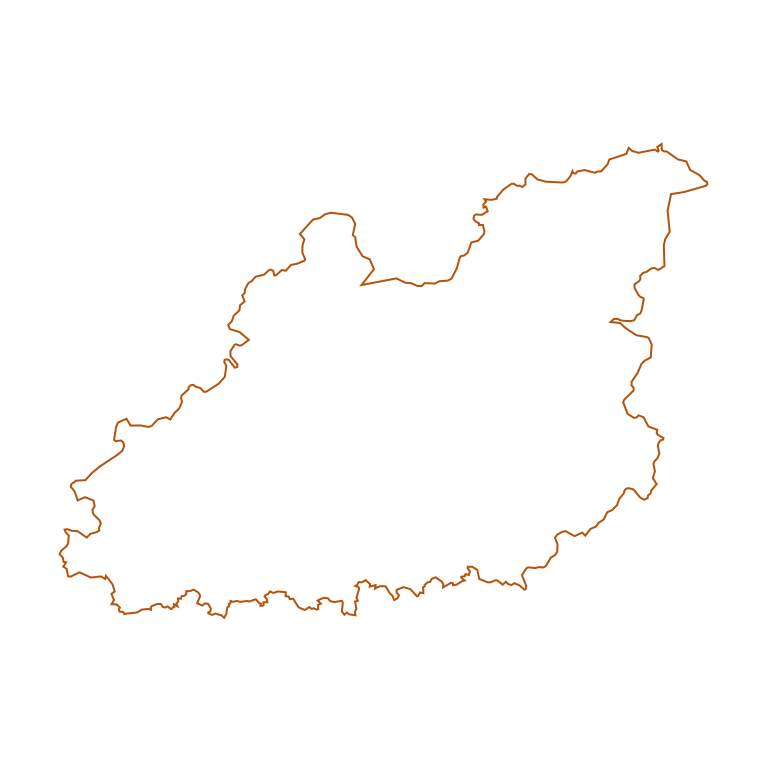 Ivohibe, Ihorombe, Madagascar, rotated 88°
{"feature_id": "10022922B57896428715958", "entity_name": "Ivohibe", "entity_type": "district", "adm_level": 2, "iso_a3": "MDG", "parent_name": "Madagascar", "parent_adm1": "Ihorombe", "projection": "mercator", "projection_center": [46.923, -22.545], "detail": "fine", "context": "isolated", "style": "outline", "palette": "amber", "viewbox_px": 768, "rotation_deg": 88, "n_neighbors": 0, "source": "geoboundaries", "source_scale": "gbopen_adm2", "svg_char_len": 6133}
<svg xmlns="http://www.w3.org/2000/svg" viewBox="0 0 768 768"><g transform="rotate(88 384 384)"><path d="M169.8,82.4L161.4,93.5L161.4,96.0L159.9,98.1L153.9,98.2L156.6,102.6L160.5,101.4L161.3,102.1L159.2,105.3L161.8,121.7L159.7,128.0L156.6,131.2L162.5,133.8L167.5,151.0L172.3,152.9L179.1,159.6L179.1,163.4L180.3,165.7L177.2,176.0L178.3,183.3L180.4,185.1L179.8,187.6L177.9,188.3L182.4,190.2L185.7,192.9L188.2,195.5L188.9,198.4L187.4,215.5L184.7,223.8L179.7,228.8L179.2,231.5L183.6,235.5L189.5,235.6L192.0,239.0L190.5,241.5L190.7,243.9L188.4,247.4L188.4,249.6L193.9,258.0L200.7,264.3L202.8,264.9L203.7,270.4L202.9,277.2L205.2,275.6L208.1,278.5L211.2,278.3L210.2,276.0L215.0,274.3L218.3,280.3L217.8,286.6L219.2,288.2L222.1,288.8L224.8,286.7L226.7,283.5L228.5,283.4L228.4,279.6L234.9,278.3L237.6,278.9L244.1,284.9L245.6,291.8L255.8,295.8L258.5,299.8L258.8,302.5L260.4,303.9L270.7,307.1L280.9,312.7L282.9,316.5L283.2,324.9L285.4,329.6L284.6,339.9L287.4,343.0L287.1,347.5L284.3,353.0L283.5,359.2L278.9,368.0L284.3,403.0L268.9,390.0L258.9,393.9L255.6,400.9L246.1,406.5L236.4,407.6L234.0,410.0L223.1,407.1L216.4,410.3L213.7,414.1L211.0,430.9L212.3,436.9L215.9,442.3L217.2,449.2L231.1,462.8L236.6,458.5L242.6,460.6L249.9,461.0L256.6,458.4L258.0,459.2L260.9,467.1L261.7,472.7L267.4,478.3L266.5,482.1L271.8,488.4L271.5,489.8L266.9,490.8L265.8,493.3L266.2,495.1L270.5,499.9L272.3,508.7L276.5,512.5L278.3,515.9L284.0,519.4L288.1,520.1L290.5,522.6L296.6,520.4L300.3,525.1L305.3,525.9L310.5,531.8L316.0,533.9L319.5,537.6L323.7,536.2L327.1,526.5L335.2,517.5L340.4,525.1L340.6,527.0L339.1,530.5L339.6,532.0L346.0,536.4L350.8,536.4L359.5,529.7L361.8,530.0L362.5,532.5L354.7,538.2L353.8,540.4L354.4,542.4L356.4,542.9L360.5,540.9L371.3,542.9L377.7,548.9L385.5,561.8L385.5,564.3L381.5,567.8L380.2,572.2L378.2,574.7L378.6,577.5L380.5,579.4L382.5,579.6L388.5,586.7L390.9,587.3L394.9,586.5L401.4,589.6L405.6,594.4L412.0,598.8L409.6,603.1L411.5,611.4L417.7,617.5L418.7,620.9L416.9,628.9L416.7,638.7L409.7,642.6L413.3,651.3L417.8,653.3L430.4,655.7L431.7,654.2L431.3,649.0L433.2,646.6L436.9,645.9L441.4,647.7L445.4,652.8L456.6,671.0L463.1,679.4L469.7,685.8L469.9,695.1L473.2,700.0L475.7,700.7L480.6,696.9L489.6,694.2L486.7,686.8L490.3,678.4L496.0,677.4L499.7,679.8L502.3,679.5L504.2,678.8L510.4,673.0L513.3,671.9L518.3,674.0L520.3,673.5L522.0,676.2L523.5,682.7L527.1,686.4L520.4,695.4L519.8,701.0L518.0,705.8L518.4,708.3L521.3,707.2L524.4,704.3L532.0,705.2L534.6,706.5L539.4,712.4L542.8,714.1L546.4,711.0L550.5,710.5L551.1,707.9L555.3,710.9L557.7,707.6L565.2,706.5L565.5,703.7L561.6,695.0L567.2,683.6L566.4,673.5L569.1,669.5L566.0,668.6L574.9,662.2L581.9,660.4L584.3,663.7L590.5,661.4L594.6,664.0L595.0,658.8L598.3,655.8L599.9,656.8L602.3,656.2L602.8,652.5L604.7,651.8L603.7,638.7L601.0,633.9L600.6,627.6L601.5,624.7L599.1,624.9L597.9,623.9L595.9,618.2L596.1,614.7L599.1,612.7L599.8,610.7L598.7,607.8L601.4,604.9L601.3,603.8L599.9,603.0L599.7,601.4L597.0,601.6L598.9,598.2L596.5,599.3L594.0,597.1L591.2,597.4L591.5,594.5L589.0,593.7L588.7,591.0L587.1,588.9L584.2,588.8L584.2,585.2L582.9,581.4L585.8,577.0L588.1,575.5L589.9,575.3L596.6,578.4L599.1,573.3L597.0,570.7L597.5,567.5L602.4,564.9L605.3,565.5L606.1,567.6L607.0,567.6L608.8,563.9L607.6,560.7L609.5,554.5L612.0,551.9L608.2,549.6L601.8,548.4L600.9,546.7L598.4,546.8L598.1,545.3L595.4,544.8L596.5,542.4L595.6,538.7L596.7,535.4L596.1,528.2L596.7,526.7L594.7,519.6L598.5,516.4L599.3,514.6L601.2,515.4L601.5,513.1L600.7,512.0L597.9,512.1L598.1,508.2L594.8,508.6L592.2,510.8L590.5,509.5L590.1,507.3L587.3,505.3L589.0,501.7L587.6,497.4L588.7,489.4L592.6,489.8L593.2,486.5L595.7,485.7L595.4,482.3L604.2,477.2L607.1,471.3L604.4,466.4L606.3,464.0L605.7,462.2L607.1,459.1L606.6,457.6L602.4,457.6L601.3,454.8L598.1,457.9L595.6,452.0L596.2,447.6L599.1,445.3L600.2,441.2L599.2,433.6L601.1,432.8L609.7,434.0L612.4,432.3L613.2,431.6L611.1,429.1L613.0,426.9L614.1,420.6L611.0,421.1L607.8,419.5L600.4,420.5L599.7,417.7L596.8,419.0L587.4,415.9L585.9,416.9L584.8,419.6L583.9,417.8L581.1,416.3L581.4,412.8L579.3,409.2L583.6,404.9L586.0,405.4L584.7,399.4L588.1,400.1L585.9,395.2L586.3,389.3L593.4,385.5L595.8,383.0L600.3,381.4L598.7,378.0L595.8,376.4L592.8,378.8L590.1,378.5L587.7,371.5L590.0,364.8L597.3,358.4L597.1,357.3L593.6,355.3L594.4,351.9L588.4,352.0L587.6,350.3L586.2,350.4L583.8,347.5L583.3,344.8L580.5,343.2L579.0,339.2L583.6,333.1L586.5,331.7L589.3,332.0L585.0,323.9L585.4,322.2L587.6,322.0L587.1,318.5L583.7,312.8L583.2,310.2L580.5,313.4L579.3,313.5L578.9,309.9L576.9,309.3L577.9,306.0L574.3,304.7L571.0,306.8L569.5,306.6L569.8,302.1L573.0,297.3L582.1,295.6L585.7,287.7L586.0,284.7L584.0,279.4L584.2,277.7L588.7,272.3L585.9,269.2L588.3,266.9L589.4,263.5L587.6,260.8L590.0,255.6L594.4,250.9L594.1,249.7L591.1,248.8L579.9,252.8L573.3,248.3L572.3,246.5L573.2,239.3L572.4,235.5L572.9,231.1L571.8,228.8L563.4,223.4L560.9,219.0L557.6,216.7L550.3,216.2L543.6,218.5L540.6,216.1L537.9,211.0L537.4,207.7L542.7,198.8L539.4,191.1L542.6,188.1L536.0,182.7L533.9,177.2L530.3,174.4L527.1,169.2L520.0,165.4L518.0,160.5L513.3,155.4L506.9,152.8L501.6,148.1L498.9,147.4L497.1,145.7L496.6,143.3L498.1,138.3L506.1,132.2L508.8,128.2L507.3,124.6L504.5,123.9L502.8,121.5L499.5,120.4L493.6,115.0L487.4,118.6L480.7,116.3L473.4,117.5L470.7,116.4L467.8,113.3L462.9,111.2L455.1,112.5L452.1,111.4L449.9,109.5L449.2,106.9L447.7,106.6L444.2,112.3L442.7,113.2L439.3,112.5L435.7,121.2L426.3,125.8L424.2,130.6L426.2,132.6L426.6,135.4L422.3,141.6L410.7,145.6L408.1,144.5L399.2,134.8L396.4,134.7L394.0,136.7L390.3,136.4L381.8,130.2L372.9,126.0L369.9,122.9L366.8,116.5L354.0,115.1L347.3,117.8L346.4,119.4L344.0,130.3L336.3,140.9L331.3,145.9L330.0,155.4L327.0,152.0L327.1,148.0L328.7,145.3L329.3,141.5L329.8,134.9L328.8,131.5L324.1,128.8L322.6,125.6L319.8,124.1L308.7,121.5L307.2,121.8L305.9,124.8L303.4,126.9L296.8,130.2L293.2,130.2L289.8,125.2L287.9,124.1L284.9,124.2L282.1,121.4L281.0,117.5L277.9,112.9L277.5,109.6L279.6,105.8L275.9,99.6L255.0,99.5L248.8,97.8L241.9,93.2L220.6,94.5L204.2,90.5L202.7,77.8L197.2,55.5L195.8,53.9L193.4,54.1L191.9,56.8L186.4,61.3L180.7,70.6L172.1,74.1L169.8,82.4Z" fill="none" stroke="#b45309" stroke-width="2"/></g></svg>